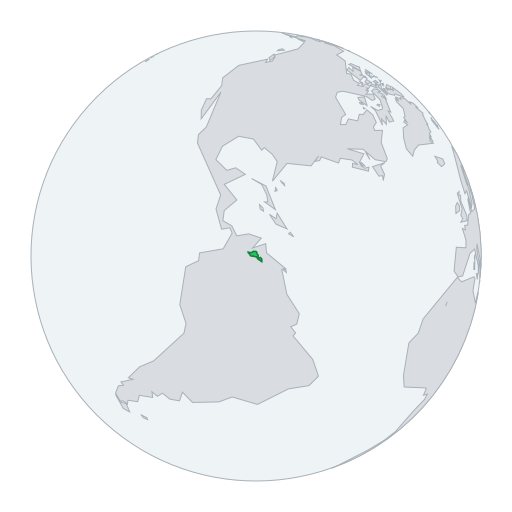 globe centered on Barinas, rotated 42°
{"feature_id": "VEN-26", "entity_name": "Barinas", "entity_type": "State", "adm_level": 1, "iso_a3": "VEN", "parent_name": "Venezuela", "parent_adm1": "", "projection": "orthographic", "projection_center": [-69.659, 8.155], "detail": "fine", "context": "on_globe", "style": "filled", "palette": "green", "viewbox_px": 512, "rotation_deg": 42, "n_neighbors": 0, "source": "natural_earth", "source_scale": "10m", "svg_char_len": 10329}
<svg xmlns="http://www.w3.org/2000/svg" viewBox="0 0 512 512"><g transform="rotate(42 256 256)"><circle cx="256" cy="256" r="225" fill="#eef3f6" stroke="#a8b0b8"/><path d="M223.0,255.0L217.7,252.5L212.5,259.1L194.8,247.8L188.9,234.3L136.9,211.2L132.0,204.3L132.8,193.4L120.3,157.7L123.5,190.8L117.7,184.1L114.0,172.1L117.3,169.4L116.5,152.4L112.0,145.9L115.7,125.8L132.9,102.0L133.6,105.8L137.7,100.3L137.0,95.5L135.6,93.9L148.7,73.9L149.0,64.6L141.6,66.8L149.1,62.8L130.0,71.5L125.4,73.0L135.3,68.4L139.8,65.8L139.0,64.8L143.5,62.1L145.6,60.3L151.1,57.4L156.4,55.7L160.1,54.0L159.2,53.5L164.2,50.9L164.8,51.6L173.6,47.3L184.1,45.2L181.4,52.5L191.8,51.4L201.2,59.7L204.9,57.4L210.9,60.1L217.4,58.7L217.2,61.3L222.5,58.1L221.4,56.0L223.3,54.1L227.1,53.3L227.6,56.2L225.8,57.1L227.9,57.6L226.5,59.5L229.3,58.1L229.5,62.2L234.8,57.2L239.6,59.7L238.2,62.7L231.1,63.6L210.4,75.3L206.8,79.9L208.9,84.8L227.9,90.8L226.9,95.9L230.9,101.9L234.7,98.1L233.0,92.3L241.1,87.5L238.0,81.6L240.9,79.1L240.6,73.2L248.4,73.0L256.1,76.3L256.8,81.4L260.2,83.3L265.9,78.0L273.1,87.9L288.4,95.8L289.4,99.0L280.1,104.7L264.2,105.0L252.1,115.2L267.8,107.9L270.1,117.0L273.8,118.5L278.2,117.9L280.4,114.4L282.8,117.7L268.2,125.5L265.8,122.6L270.5,119.9L263.0,120.5L253.2,127.0L255.1,131.7L238.2,138.7L239.4,142.4L236.4,146.4L235.6,139.8L236.6,152.2L217.1,166.4L218.1,189.4L208.6,171.6L200.0,169.5L189.6,169.9L189.5,173.6L175.8,170.8L163.0,178.6L157.6,196.9L161.7,211.2L177.0,211.9L181.9,204.0L193.4,202.5L184.5,224.0L204.3,227.2L202.0,243.5L207.7,251.9L217.8,249.8L228.2,253.9L235.8,244.4L248.0,239.2L248.1,252.4L254.9,240.3L261.7,246.6L286.0,245.6L284.1,248.7L304.5,263.8L326.7,269.9L331.9,279.3L329.2,285.4L336.9,286.7L337.0,290.6L367.4,294.9L382.8,303.5L382.1,316.9L369.0,333.1L356.4,365.3L332.6,376.7L326.1,389.2L306.8,407.3L292.4,406.4L296.1,414.8L287.8,420.0L278.4,420.5L276.5,426.3L269.4,426.5L273.9,430.2L262.5,437.6L265.6,443.4L257.3,448.9L259.6,452.1L256.5,452.0L253.2,453.1L252.9,454.9L243.3,451.8L240.6,444.5L244.0,440.7L239.9,440.0L247.1,429.9L242.6,431.9L243.7,416.1L250.1,402.5L254.1,361.5L249.2,353.0L231.9,343.1L211.0,311.0L216.5,297.8L212.0,291.5L226.8,272.6L223.0,255.0ZM43.4,185.8L45.1,180.7L44.4,184.1L43.4,185.8ZM46.0,177.6L45.4,179.3L45.9,177.9L46.0,177.6ZM46.2,176.5L46.0,177.3L46.0,176.9L46.2,176.5ZM46.2,175.7L46.3,176.0L46.2,176.1L46.2,175.7ZM216.6,197.3L239.4,208.6L226.2,210.0L228.7,207.9L223.0,203.3L212.3,199.0L200.8,201.4L216.6,197.3ZM47.0,173.0L47.2,172.2L47.4,171.8L47.0,173.0ZM227.4,184.5L223.4,183.6L227.4,183.5L227.4,184.5ZM134.3,93.8L136.6,95.8L135.5,101.4L133.0,99.9L134.3,93.8ZM137.0,84.3L139.3,84.1L134.6,89.2L134.7,87.7L137.0,84.3ZM135.3,69.5L136.3,70.0L133.8,70.6L135.3,69.5ZM145.0,60.6L143.3,61.5L145.1,60.3L145.0,60.6ZM236.4,73.8L238.4,73.5L237.4,74.7L236.4,73.8ZM234.3,71.7L231.6,73.3L230.2,72.6L231.9,71.6L234.3,71.7ZM155.2,54.9L158.7,53.0L156.0,54.5L155.2,54.9ZM237.9,69.9L228.1,71.1L225.7,69.9L230.1,65.3L237.9,69.9ZM175.5,45.6L180.2,43.9L168.5,48.5L165.7,50.0L164.7,50.2L161.3,51.7L169.5,48.0L175.5,45.6ZM219.4,55.8L220.8,57.9L216.2,57.0L219.4,55.8ZM216.0,55.7L199.1,56.9L198.9,53.9L204.6,53.8L201.6,51.0L209.8,48.8L213.3,49.9L211.8,52.2L216.1,49.8L216.0,55.7ZM186.3,41.9L189.1,41.0L187.2,41.7L186.3,41.9ZM223.8,53.3L220.4,53.6L220.0,50.9L226.7,49.8L224.7,51.0L223.8,53.3ZM196.8,51.5L197.7,49.6L204.6,47.2L205.9,46.3L210.0,48.5L196.8,51.5ZM226.6,51.2L230.1,49.4L233.7,50.1L227.0,52.8L226.6,51.2ZM217.0,50.7L217.2,49.5L219.3,49.8L217.0,50.7ZM248.4,52.3L244.3,52.3L243.7,50.8L248.4,52.3ZM231.2,48.7L229.9,48.5L229.3,48.1L232.2,47.1L231.2,48.7ZM214.6,46.9L217.3,46.5L213.3,45.8L218.3,44.4L220.1,46.3L221.4,44.9L223.0,44.5L222.8,46.6L214.6,46.9ZM233.2,44.9L237.3,47.5L244.9,47.6L245.6,48.9L233.2,48.5L233.2,44.9ZM227.1,45.6L231.0,45.4L229.9,46.8L226.5,47.9L227.1,45.6ZM221.0,42.9L212.8,44.5L212.7,44.1L221.0,42.9ZM235.7,44.6L234.6,44.0L236.3,44.4L235.7,44.6ZM225.8,43.0L222.9,43.5L222.8,43.0L225.8,43.0ZM234.9,42.6L236.2,43.3L234.0,44.0L234.9,42.6ZM230.9,42.5L231.5,41.7L232.4,43.7L229.6,42.8L230.9,42.5ZM226.2,42.4L225.2,42.3L227.4,42.2L226.2,42.4ZM242.8,40.1L244.4,42.5L239.4,43.8L238.5,41.1L242.8,40.1ZM259.4,458.1L244.1,452.9L252.7,455.3L258.4,452.6L266.5,456.4L259.4,458.1ZM276.5,450.9L283.3,449.2L284.9,450.1L280.6,451.5L276.5,450.9ZM431.8,115.1L429.0,111.8L427.7,110.1L431.8,115.1ZM419.0,100.5L420.5,102.1L421.1,102.7L424.9,107.0L427.8,110.9L434.0,118.1L437.2,122.7L427.9,112.3L424.1,107.9L412.0,99.1L416.3,103.9L428.1,112.9L427.1,112.8L433.1,120.6L427.8,114.6L413.8,104.6L413.2,110.6L422.9,132.6L420.3,136.3L413.3,134.7L399.0,115.4L406.5,109.5L401.5,103.7L390.9,97.4L394.1,96.5L390.6,93.6L392.6,91.5L386.3,82.9L386.9,80.7L375.7,72.3L374.5,70.3L381.5,75.6L386.6,78.6L387.0,74.8L384.6,72.6L377.3,67.7L378.3,67.8L371.2,63.6L367.2,60.4L366.2,61.2L357.6,56.7L350.4,52.5L347.4,51.5L359.1,58.4L363.9,61.2L368.3,63.1L381.3,72.3L383.0,74.9L368.7,66.7L369.6,69.9L358.1,63.1L333.7,46.9L328.0,43.5L336.5,45.6L339.3,46.7L343.1,48.3L343.1,48.5L351.1,51.8L346.6,49.8L347.0,49.9L362.9,57.7L378.1,66.7L392.6,76.9L406.3,88.2L419.0,100.5ZM182.1,43.2L180.2,43.9L175.5,45.6L182.1,43.2ZM453.9,363.6L455.8,360.1L469.3,324.6L474.8,306.2L477.1,293.1L476.7,266.7L477.2,249.9L475.7,244.0L473.6,247.4L471.2,240.4L469.4,241.3L453.8,254.2L445.6,246.2L427.8,218.3L428.2,204.7L422.3,190.9L419.9,137.2L426.1,137.6L431.9,125.5L433.8,126.2L440.4,136.6L450.5,144.2L445.2,134.5L446.6,135.9L454.6,149.6L461.6,163.9L467.6,178.7L472.5,193.8L476.4,209.3L479.1,225.0L480.8,240.8L481.3,256.7L480.7,272.6L478.9,288.5L476.1,304.1L472.1,319.6L467.1,334.7L461.0,349.4L453.9,363.6ZM428.6,162.0L430.5,166.2L428.6,162.0ZM286.7,245.5L289.6,248.0L285.8,248.1L286.7,245.5ZM224.2,215.4L229.1,215.7L231.6,217.7L227.8,218.4L224.2,215.4ZM265.5,215.4L271.2,216.5L265.3,217.7L265.5,215.4ZM243.0,210.0L261.0,215.1L249.5,219.0L238.1,216.0L246.0,214.9L243.0,210.0ZM224.8,192.0L227.9,192.9L226.9,195.3L224.8,192.0ZM230.3,184.5L229.1,184.7L227.6,182.8L230.3,184.5ZM270.9,116.5L272.2,116.0L276.7,116.2L274.5,117.7L270.9,116.5ZM296.8,109.3L300.1,114.8L296.3,111.6L293.9,114.4L282.8,111.6L289.3,100.4L288.4,105.7L296.8,109.3ZM269.9,105.7L276.2,108.2L269.0,106.0L269.9,105.7ZM369.8,81.6L373.4,82.5L377.0,86.1L376.2,90.7L371.0,85.3L369.8,81.6ZM377.7,83.1L363.7,74.8L363.7,72.2L366.1,74.9L367.4,74.0L371.6,78.3L385.2,84.7L389.3,88.5L385.6,93.8L384.6,89.7L381.1,88.8L377.7,83.1ZM328.2,64.1L322.2,62.2L329.9,58.9L334.6,61.2L334.1,65.4L328.2,65.2L328.2,64.1ZM247.6,62.3L244.8,62.9L244.7,61.9L246.9,60.6L247.6,62.3ZM246.5,52.4L259.8,58.9L257.2,59.8L268.0,63.4L265.5,67.3L258.6,64.7L264.8,70.9L257.5,70.1L262.5,74.2L247.3,68.0L241.0,68.2L249.0,66.4L251.5,62.6L250.6,61.0L243.7,56.9L231.4,56.0L231.9,52.8L235.5,50.7L238.5,50.4L237.2,52.5L242.2,50.6L242.7,53.5L246.5,52.4ZM277.5,37.5L274.7,38.5L284.8,38.2L285.3,39.8L286.4,39.7L289.6,41.3L295.5,43.2L294.7,44.0L297.4,44.5L299.6,45.8L302.9,46.8L302.6,48.8L306.7,50.3L304.2,50.4L311.4,52.7L305.9,51.9L308.3,54.0L312.3,53.6L302.6,64.7L302.7,71.0L305.7,77.0L296.0,75.7L287.0,69.7L279.6,62.4L280.9,56.9L276.3,57.7L275.5,55.5L279.5,55.8L272.9,54.1L273.4,52.5L266.8,47.9L257.1,47.3L254.5,45.9L258.5,45.4L253.0,44.4L258.9,42.7L257.1,41.8L261.1,39.5L269.9,39.6L267.2,38.6L270.1,37.3L277.5,37.5ZM244.1,39.4L254.5,38.3L259.9,38.9L250.7,42.7L251.5,43.8L245.8,47.0L238.1,46.2L240.5,45.3L240.9,44.3L243.2,44.9L241.7,43.7L244.9,42.5L244.7,41.4L248.1,41.3L244.1,39.4ZM431.6,121.7L432.3,121.5L432.3,120.1L436.1,125.3L431.6,121.7ZM422.3,114.9L422.3,113.7L427.6,119.7L426.9,120.3L422.3,114.9ZM417.7,108.3L421.9,113.2L419.2,110.9L417.7,108.3ZM381.0,74.6L380.4,73.4L382.1,74.4L384.5,76.4L381.0,74.6ZM307.3,39.3L304.9,39.2L303.6,38.8L295.9,37.6L294.9,36.7L299.1,37.0L307.3,39.3ZM439.6,125.4L439.6,125.8L438.6,124.3L439.6,125.4L439.6,125.4ZM304.9,38.1L301.9,37.6L303.3,37.5L304.9,38.1ZM293.7,36.0L294.6,35.7L293.8,36.5L293.7,36.0ZM287.1,33.3L290.7,33.8L289.5,33.8L287.1,33.3ZM188.2,41.2L189.0,41.0L186.6,41.7L188.2,41.2Z" fill="#d9dde1" stroke="#a8b0b8" stroke-width="1"/><path d="M262.3,254.5L262.5,254.7L262.6,254.8L262.6,255.0L262.8,255.0L263.0,255.1L263.0,255.3L263.2,255.5L263.3,255.5L263.3,255.4L263.3,255.5L263.6,255.6L263.7,255.8L263.8,255.9L263.8,256.0L264.0,256.2L264.1,256.3L264.1,256.5L264.3,256.6L264.2,256.8L264.2,256.7L263.9,256.6L263.7,256.6L263.2,256.5L262.9,256.5L262.7,256.4L262.2,256.4L262.0,256.5L261.9,256.5L261.7,256.7L261.5,256.8L261.4,256.8L261.4,256.7L261.2,256.7L260.9,256.7L260.7,256.8L260.3,256.8L260.2,256.7L259.9,256.7L259.7,256.9L259.3,257.0L259.0,257.0L258.9,256.9L258.7,256.7L258.4,256.6L258.1,256.6L258.0,256.4L257.8,256.3L257.7,256.3L257.3,256.4L257.1,256.4L256.9,256.3L256.3,256.8L255.7,257.2L255.5,257.3L255.4,257.3L255.2,257.4L255.0,257.5L254.9,257.6L254.7,257.6L254.4,257.7L254.3,257.8L254.2,257.9L254.2,258.0L253.9,258.2L253.7,258.1L253.4,258.5L253.2,258.8L252.9,258.9L252.8,259.0L252.7,259.0L252.4,259.2L252.2,259.4L251.9,259.4L251.7,259.4L251.3,259.4L251.2,259.4L250.8,259.2L250.7,259.1L250.4,259.0L250.2,259.0L250.0,258.9L249.9,258.8L249.8,258.7L249.7,258.8L249.6,258.7L249.4,258.7L249.2,258.7L248.9,258.7L248.8,258.8L248.7,258.8L248.6,258.7L248.5,258.8L248.4,258.8L248.3,258.7L248.3,258.8L248.2,258.8L247.9,258.7L247.6,258.6L247.5,258.4L247.8,258.4L248.1,258.4L248.3,258.4L248.6,258.5L248.8,258.5L249.0,258.5L249.3,258.6L249.5,258.6L249.4,258.5L249.2,258.4L249.1,258.2L248.9,258.1L248.9,257.9L249.0,257.8L249.0,257.7L249.1,257.4L249.7,257.0L249.8,256.9L249.9,256.7L250.0,256.7L250.4,256.3L250.5,256.2L250.7,255.9L250.7,255.7L250.6,255.4L250.5,255.2L250.6,254.9L250.7,254.7L250.8,254.7L250.9,254.4L250.9,254.2L251.0,254.1L251.4,253.8L251.5,253.7L251.8,253.5L252.0,253.4L252.3,253.3L252.4,253.2L252.5,253.2L252.6,252.9L252.7,252.7L253.0,252.6L253.3,252.6L253.5,252.6L253.8,252.6L254.0,252.6L254.5,253.1L254.7,253.3L255.0,253.5L255.4,253.7L255.5,253.7L255.8,253.8L255.9,253.7L256.0,253.7L256.3,253.7L256.5,253.8L256.7,254.0L256.8,254.0L257.0,254.0L257.3,254.1L257.5,254.2L257.6,254.3L257.8,254.5L257.9,254.8L258.0,254.9L258.1,255.0L258.2,255.4L258.3,255.5L258.5,255.6L258.7,255.8L258.8,255.9L259.0,256.0L259.3,256.1L259.2,255.9L259.3,255.6L259.4,255.4L259.6,255.2L259.8,255.1L259.9,254.9L260.1,254.6L260.2,254.4L260.2,254.2L260.5,254.2L260.8,254.2L261.0,254.2L261.3,254.2L261.5,254.2L261.8,254.2L262.1,254.3L262.3,254.4L262.3,254.5L262.3,254.5Z" fill="#22c55e" stroke="#15803d" stroke-width="1.5"/></g></svg>